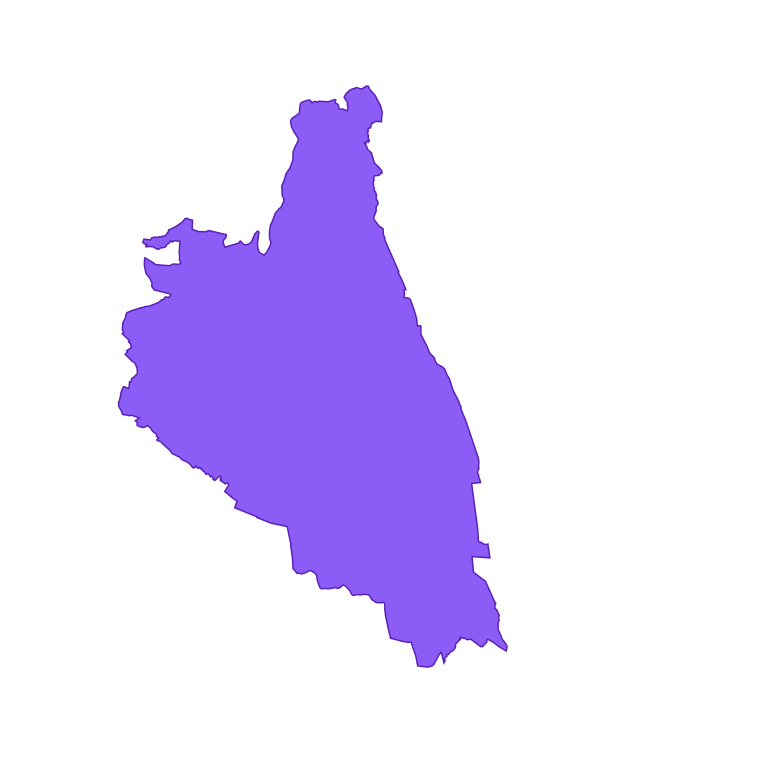 the district of Magiresti, Bacau, Romania, rotated 44°
{"feature_id": "2599482B79930750524298", "entity_name": "Magiresti", "entity_type": "district", "adm_level": 2, "iso_a3": "ROU", "parent_name": "Romania", "parent_adm1": "Bacau", "projection": "robinson", "projection_center": [26.514, 46.524], "detail": "fine", "context": "isolated", "style": "filled", "palette": "violet", "viewbox_px": 768, "rotation_deg": 44, "n_neighbors": 0, "source": "geoboundaries", "source_scale": "gbopen_adm2", "svg_char_len": 6158}
<svg xmlns="http://www.w3.org/2000/svg" viewBox="0 0 768 768"><g transform="rotate(44 384 384)"><path d="M657.4,491.2L655.1,487.5L651.9,486.2L645.9,485.4L643.8,484.1L640.2,482.9L639.7,482.2L637.3,481.9L632.1,476.7L630.9,473.9L629.1,473.0L627.5,470.3L622.3,468.2L619.4,468.2L617.2,465.7L616.9,464.3L613.5,463.3L594.0,455.4L579.7,457.2L578.9,457.0L567.2,447.0L581.0,435.5L569.9,427.0L569.8,427.6L568.0,429.2L566.3,430.2L564.2,430.2L562.1,431.8L560.6,430.9L551.5,422.7L516.5,395.0L516.8,393.8L521.9,387.9L519.5,386.3L517.5,385.6L515.7,384.1L513.0,382.9L512.3,382.3L511.0,378.9L508.7,377.1L507.1,374.9L503.8,372.0L468.3,353.6L457.0,348.6L454.8,346.7L453.0,346.1L452.2,346.3L450.4,344.8L448.4,344.0L438.3,340.7L427.4,334.8L422.8,333.6L417.4,331.1L414.4,331.1L408.4,332.8L405.1,332.0L401.5,330.0L397.0,330.2L393.6,329.4L389.2,327.2L376.0,322.6L370.3,316.7L369.3,317.1L367.5,319.0L362.2,314.4L353.5,309.4L343.9,304.8L341.4,305.5L340.2,306.4L339.8,307.4L337.1,307.1L336.7,305.2L333.1,302.7L334.2,300.9L325.1,296.9L316.6,293.9L316.7,293.0L284.8,279.9L283.0,278.4L279.5,276.8L275.6,273.0L273.3,273.2L271.7,273.9L262.0,272.5L260.4,270.4L258.4,265.2L255.3,262.1L254.7,259.0L254.0,257.9L252.3,256.9L249.8,256.2L248.9,255.5L247.3,253.0L245.6,252.8L244.8,251.7L242.7,251.8L241.9,250.5L240.1,249.7L236.9,247.1L235.7,245.6L235.0,243.9L233.2,243.0L232.6,241.0L235.5,237.1L235.4,235.1L236.0,233.5L235.1,232.7L233.7,232.1L229.3,231.6L224.7,231.8L222.7,231.2L214.3,226.4L209.6,226.7L206.1,225.0L202.5,223.9L203.8,223.3L203.9,222.8L203.1,221.4L203.4,220.7L204.8,220.7L204.5,219.4L204.0,218.8L202.3,218.4L200.4,216.4L198.0,214.9L196.7,213.2L196.9,212.6L195.6,212.1L194.9,210.9L196.2,209.8L195.9,207.9L194.8,206.9L194.3,205.4L195.6,200.9L199.9,197.1L193.7,189.6L188.1,186.2L176.7,182.5L169.2,182.0L165.7,180.7L164.3,182.1L163.1,187.2L157.9,190.2L157.8,191.1L155.8,194.8L155.2,197.1L155.0,201.5L156.2,205.5L162.4,206.9L163.2,208.2L164.3,208.9L167.6,212.1L167.7,213.0L163.9,214.5L161.3,216.9L160.4,217.2L157.6,215.2L156.1,214.9L154.4,215.5L153.3,215.4L152.0,213.1L151.5,213.3L150.4,214.4L149.1,217.6L147.5,219.9L140.6,226.0L140.7,226.9L140.3,227.7L138.2,228.5L137.3,229.9L136.8,231.8L133.6,231.2L132.1,232.7L129.0,238.6L129.3,240.9L134.8,247.9L134.9,249.0L133.3,256.4L133.9,259.6L138.4,263.0L143.8,265.1L152.1,267.0L152.6,267.5L154.1,271.1L155.3,275.3L157.3,280.0L163.0,286.4L166.3,294.1L167.5,300.9L170.2,305.7L172.9,312.5L179.8,319.1L182.3,319.8L184.8,321.7L187.1,328.2L186.8,331.6L187.2,336.8L190.7,344.5L191.5,347.2L192.7,349.6L195.8,354.0L200.2,358.5L203.9,360.5L205.5,362.2L207.4,368.0L208.1,371.3L208.1,374.5L203.0,376.1L199.4,374.2L195.4,370.9L188.6,361.7L187.3,361.5L186.7,362.4L186.9,365.8L189.9,373.8L189.6,376.8L188.6,379.0L186.5,381.0L181.3,381.0L181.4,384.0L174.4,396.2L169.9,393.9L168.6,391.6L168.6,388.4L166.8,386.1L151.6,395.2L149.8,398.5L144.7,403.2L138.6,406.0L132.5,399.2L129.2,401.1L127.1,401.7L126.0,403.4L126.5,407.5L125.0,414.8L123.1,420.5L122.1,422.4L122.3,423.3L123.4,424.5L123.0,425.5L123.8,428.1L123.5,429.6L121.9,431.7L121.9,433.0L120.2,434.0L118.9,436.4L117.2,437.3L115.5,439.9L115.4,440.7L116.1,442.0L115.9,442.6L110.6,446.6L111.4,447.7L111.7,449.4L112.5,449.6L114.4,449.6L116.1,448.2L116.7,448.2L116.7,450.2L117.2,450.7L118.6,449.6L119.3,448.3L122.7,445.6L125.5,445.1L127.8,444.1L128.3,443.7L129.0,440.8L130.4,439.5L131.7,436.9L130.9,434.7L131.7,431.0L130.9,429.9L131.0,429.4L131.5,429.0L133.2,428.9L133.3,426.9L137.7,423.4L138.3,423.3L145.7,432.1L148.8,434.6L150.6,436.9L152.2,437.2L154.1,438.6L153.5,439.0L153.5,440.4L149.8,443.4L148.7,444.8L147.6,447.9L136.9,456.7L133.4,457.1L124.4,459.3L125.7,461.4L129.5,465.4L136.0,469.8L142.4,470.7L147.1,472.5L149.1,475.1L153.3,476.0L166.6,468.3L168.7,467.8L169.1,471.4L166.5,472.9L166.1,474.7L166.8,475.9L165.4,478.5L165.2,482.1L160.8,491.5L158.3,494.2L157.4,496.4L155.6,498.7L155.2,500.1L152.3,504.9L149.5,511.2L150.1,513.4L151.3,514.7L152.4,517.0L153.3,520.8L157.6,526.3L160.9,528.0L160.8,529.7L170.8,529.6L170.8,531.2L173.8,531.2L176.9,533.3L175.8,538.8L177.3,539.0L177.1,542.4L187.7,542.6L189.2,541.9L190.4,542.0L195.3,544.1L198.6,547.0L199.4,548.4L199.2,552.6L198.7,555.4L200.5,558.5L199.4,559.2L203.3,564.0L203.4,564.6L199.1,566.3L198.6,566.9L198.6,567.7L201.2,573.8L202.1,574.6L205.6,580.4L205.5,581.5L208.9,584.4L214.8,586.2L216.5,587.3L217.8,587.1L220.7,584.9L222.2,584.3L224.4,581.7L231.6,578.4L230.6,583.2L233.3,583.2L235.0,585.2L237.2,584.7L240.4,583.1L241.8,581.5L242.8,578.3L245.9,577.8L250.7,578.8L255.0,578.1L256.6,579.6L259.7,579.6L259.3,581.8L260.0,582.3L263.5,580.5L265.8,580.8L276.9,580.5L279.7,581.3L287.6,578.7L291.4,578.7L296.9,576.8L301.9,576.4L303.7,577.1L304.5,577.0L305.7,576.3L305.8,573.7L306.9,573.6L307.0,574.0L309.0,573.6L309.0,572.5L310.7,572.4L310.8,571.8L313.0,572.3L317.1,572.1L318.7,572.6L319.1,571.6L319.7,571.1L322.0,570.7L323.6,571.3L323.6,570.7L324.1,570.2L326.6,570.3L327.1,571.2L328.5,571.3L328.6,570.3L329.5,570.2L329.4,564.4L332.0,564.5L332.0,566.1L333.4,566.1L333.4,567.1L339.3,566.0L339.8,563.9L342.5,564.5L344.1,572.0L354.6,571.2L359.7,570.3L362.6,576.8L385.3,567.6L385.6,568.3L399.7,562.4L413.4,553.8L428.3,564.0L429.7,565.5L439.5,573.1L446.8,580.0L453.2,580.6L454.3,578.9L456.6,578.0L458.1,575.4L460.5,569.2L465.4,568.1L468.1,568.4L470.2,569.6L471.6,571.1L479.0,574.9L481.2,574.9L483.5,572.1L486.2,570.0L490.4,564.4L493.3,562.5L494.0,559.6L493.7,558.2L494.5,556.9L496.7,556.1L499.7,556.2L502.9,556.4L506.8,557.8L508.6,557.6L511.1,554.0L513.2,552.4L515.7,549.2L518.5,546.9L519.6,546.3L522.5,546.7L524.7,547.6L530.2,546.6L533.1,544.2L535.7,541.2L536.4,541.2L539.2,543.3L540.1,544.7L546.0,549.5L555.4,556.0L565.3,562.3L576.6,556.0L581.2,552.8L582.7,550.9L595.9,557.6L604.1,563.4L611.3,557.8L612.9,556.2L614.5,553.2L614.7,551.2L611.7,540.6L611.5,537.1L620.9,543.0L620.2,540.7L618.2,539.5L618.3,536.0L617.0,535.1L618.4,533.6L617.8,531.2L618.8,528.2L618.8,525.4L618.0,523.3L616.2,521.6L616.2,514.7L615.3,514.7L615.4,513.5L615.0,512.9L616.3,512.8L619.1,510.6L621.3,510.2L624.0,507.2L635.9,505.8L636.6,505.2L637.4,504.4L637.2,498.1L636.6,498.1L635.6,495.8L635.8,495.5L642.2,493.9L648.3,493.2L657.4,491.2Z" fill="#8b5cf6" stroke="#5b21b6" stroke-width="1.5"/></g></svg>